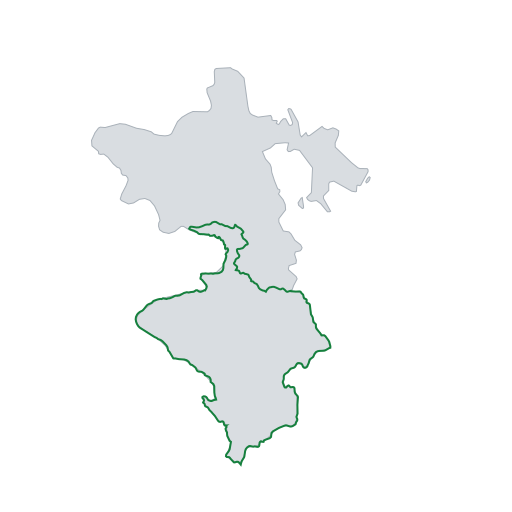 Gorno-Badakhshan highlighted on a map of Tajikistan, rotated 69°
{"feature_id": "TJK-366", "entity_name": "Gorno-Badakhshan", "entity_type": "Region", "adm_level": 1, "iso_a3": "TJK", "parent_name": "Tajikistan", "parent_adm1": "", "projection": "albers", "projection_center": [72.466, 38.073], "detail": "fine", "context": "in_parent", "style": "outline", "palette": "green", "viewbox_px": 512, "rotation_deg": 69, "n_neighbors": 0, "source": "natural_earth", "source_scale": "10m", "svg_char_len": 9788}
<svg xmlns="http://www.w3.org/2000/svg" viewBox="0 0 512 512"><g transform="rotate(69 256 256)"><path d="M79.9,355.2L82.0,350.8L83.6,335.8L86.2,330.7L93.9,321.8L98.0,314.9L102.5,309.3L105.7,307.5L108.7,303.1L111.2,298.0L112.0,294.8L111.9,292.2L111.1,290.5L102.4,281.1L99.9,275.3L98.7,268.1L98.5,263.1L104.0,249.6L103.4,247.3L102.1,245.1L99.3,243.6L95.2,242.9L86.0,243.1L82.5,242.1L81.7,241.2L81.5,235.0L80.7,233.6L79.2,232.3L69.0,228.9L67.0,227.5L66.7,225.9L71.1,212.3L72.8,211.3L77.0,206.9L85.6,203.4L113.3,209.9L117.8,210.6L120.9,210.3L123.1,208.8L127.1,204.4L130.1,191.9L132.4,191.6L134.7,192.3L135.8,191.1L136.9,188.1L137.8,187.9L139.4,189.5L141.2,188.1L141.0,186.9L139.2,184.7L137.7,181.4L138.5,179.1L145.7,178.1L146.5,177.0L146.3,175.1L144.5,174.0L130.9,173.9L130.1,172.8L130.6,171.6L131.6,170.7L145.9,168.7L158.9,171.4L161.1,170.8L158.7,165.1L162.3,164.7L162.8,162.8L158.7,147.9L161.3,146.7L163.9,143.8L163.9,138.3L166.2,135.7L168.9,133.9L172.9,135.9L178.8,141.6L182.7,143.0L202.9,133.5L210.3,129.2L211.6,127.6L214.3,120.9L215.7,120.5L217.5,121.2L227.4,132.8L227.4,134.3L226.3,135.5L226.5,136.6L231.7,139.1L231.7,140.2L229.8,143.4L214.0,156.5L213.4,160.8L214.6,162.2L220.9,164.6L224.1,171.5L226.5,172.4L240.9,170.3L241.1,171.4L240.3,173.5L230.4,176.8L225.9,179.7L224.8,184.9L223.6,186.4L221.6,187.6L219.6,187.8L216.7,181.6L193.9,171.6L173.0,177.5L170.0,182.1L170.7,186.5L170.1,188.4L168.0,188.9L162.2,185.1L160.7,188.2L158.0,197.8L160.3,203.8L160.8,212.6L168.7,212.4L175.3,210.0L178.6,210.0L183.5,211.3L192.3,211.8L201.0,211.7L202.7,210.1L204.5,210.7L206.1,212.8L213.2,210.5L218.4,210.3L223.5,211.8L229.3,221.3L232.5,222.5L242.4,221.6L245.3,216.6L247.9,215.4L255.3,214.1L261.6,210.3L264.8,210.0L266.3,211.4L267.0,213.1L266.3,217.8L268.3,219.4L274.4,219.8L277.2,221.3L276.8,228.5L279.4,230.3L280.7,230.5L289.6,225.9L292.1,225.8L297.1,231.5L301.0,234.8L302.0,234.3L303.8,230.7L307.2,226.8L317.0,224.3L320.7,223.7L331.9,225.3L343.2,225.1L349.2,224.3L354.1,221.9L356.5,220.0L360.5,218.9L368.2,219.5L368.5,222.7L367.2,233.1L371.3,240.8L376.5,247.1L376.9,249.2L376.5,250.9L373.4,252.6L372.3,254.3L371.8,256.3L372.8,258.6L374.7,265.9L377.1,271.6L380.4,274.3L385.3,276.0L388.0,275.6L389.9,271.3L393.0,268.0L400.1,267.9L411.6,271.4L423.0,276.7L426.3,279.7L427.5,283.2L424.6,291.3L424.9,296.4L425.7,301.9L428.4,305.9L431.0,312.8L431.6,318.5L433.5,322.2L431.7,332.9L432.8,334.6L441.9,341.9L443.1,346.0L441.2,348.6L437.8,351.8L432.1,355.8L424.0,348.2L420.4,346.0L413.8,346.9L405.1,344.8L400.7,345.1L398.0,347.8L396.3,350.5L391.9,351.4L375.8,356.9L371.0,356.5L369.7,355.2L370.7,353.3L374.1,350.9L374.9,348.0L374.2,345.4L362.3,342.2L357.5,342.9L349.1,346.3L333.6,355.1L326.8,361.0L321.9,369.9L307.1,372.8L296.9,377.9L286.3,386.2L279.3,390.6L275.9,391.2L272.6,390.4L269.2,388.1L266.0,381.1L261.3,363.5L265.2,334.1L267.3,322.2L269.0,317.9L269.1,315.1L267.7,313.6L264.5,313.7L259.7,315.2L256.3,315.5L254.3,314.4L254.6,308.9L257.1,298.8L253.5,290.3L243.7,283.3L235.3,280.8L228.3,282.7L222.4,288.1L217.5,296.8L212.4,303.9L207.2,309.4L202.3,313.1L201.5,315.4L204.0,323.0L203.7,329.3L200.5,334.2L197.0,336.6L193.3,336.3L190.4,335.0L188.3,332.8L182.4,332.1L172.8,332.8L166.2,335.1L162.5,339.1L161.3,344.5L162.6,351.3L161.7,356.4L156.0,361.8L154.1,362.3L150.0,359.1L143.8,352.1L139.5,348.3L137.2,347.7L134.3,348.6L132.7,351.4L130.6,352.1L127.7,351.4L125.0,351.9L123.3,353.9L118.8,356.3L110.8,358.8L106.3,361.6L105.4,364.8L104.2,366.2L101.8,365.6L94.4,369.7L89.1,368.1L83.2,362.1L80.1,357.2L79.9,355.2ZM228.3,195.7L224.0,198.0L221.5,197.7L218.2,193.2L218.0,191.9L226.6,193.8L228.2,194.4L228.3,195.7ZM227.3,126.8L225.9,126.9L223.4,123.9L222.6,121.9L223.7,121.3L225.8,122.8L227.2,125.3L227.3,126.8Z" fill="#d9dde1" stroke="#a8b0b8" stroke-width="1"/><path d="M362.5,218.4L366.9,218.9L368.3,219.5L368.2,220.7L368.8,224.3L368.9,225.5L368.8,226.5L367.3,230.9L367.0,232.7L367.2,234.5L368.4,236.5L370.5,238.5L370.9,239.3L371.7,242.4L372.2,243.2L375.1,245.4L376.7,247.1L377.4,247.6L377.9,248.6L378.1,249.7L377.9,250.6L377.2,251.4L376.1,251.8L373.8,251.8L372.7,252.3L372.1,253.1L371.4,254.1L371.0,255.2L371.2,256.3L371.8,257.2L373.2,258.8L373.7,259.7L373.9,260.8L373.6,263.6L373.8,264.5L375.6,267.4L376.0,268.3L376.5,270.9L376.9,271.9L377.8,272.9L378.7,273.4L380.4,274.0L381.3,274.5L382.8,275.9L383.5,276.3L388.2,276.4L389.0,276.2L389.6,275.1L389.2,274.2L388.6,273.1L388.5,272.0L388.9,271.6L390.8,270.9L391.1,270.5L391.3,269.0L391.9,267.9L392.6,267.5L393.4,267.5L396.4,268.5L397.4,268.6L398.5,268.6L401.8,267.3L402.8,267.4L409.8,270.7L418.1,273.7L420.6,275.9L421.7,276.0L422.8,275.9L423.7,276.1L424.5,276.6L425.7,278.3L427.0,279.1L427.3,279.5L427.9,282.4L427.9,283.6L427.7,284.7L427.1,285.7L425.1,288.1L424.7,289.1L424.6,290.2L424.7,296.2L425.8,303.2L426.8,305.0L430.3,306.8L431.0,308.5L430.9,312.5L431.0,314.5L431.2,314.8L432.2,315.5L432.1,316.0L431.3,317.3L430.9,317.5L430.7,317.9L430.9,318.7L431.2,319.1L431.5,319.5L434.0,320.8L434.7,321.4L434.9,322.5L434.7,323.1L433.3,325.4L433.0,327.0L431.2,329.7L431.0,330.9L431.6,333.0L432.7,334.8L434.3,336.1L438.8,338.6L439.7,339.3L442.2,342.6L443.7,343.9L445.3,345.0L442.9,345.8L441.8,346.4L441.2,347.5L441.1,349.8L440.7,350.6L436.2,352.4L435.0,352.7L434.1,353.2L433.2,355.3L432.2,355.8L430.7,355.0L428.3,351.2L426.9,349.8L420.5,346.0L419.1,346.9L413.6,347.3L411.4,346.7L410.4,346.3L408.6,346.6L406.6,346.4L406.1,346.2L405.3,345.0L404.9,344.7L404.3,344.7L403.7,345.2L403.5,344.4L402.9,346.0L401.7,346.2L400.3,345.9L399.0,345.9L398.2,346.8L398.1,348.9L397.3,350.0L396.1,350.5L390.6,351.7L386.9,353.1L385.9,353.4L383.1,354.7L381.0,355.0L380.0,355.3L378.2,357.1L377.5,357.3L375.6,357.0L375.1,357.2L374.3,357.8L373.8,357.9L372.3,356.3L371.3,356.2L369.2,356.9L368.4,356.5L368.2,355.2L368.8,353.9L369.8,353.0L370.9,352.6L372.8,352.4L373.5,352.1L374.3,351.3L375.1,350.3L375.5,349.4L375.4,346.8L375.8,344.7L374.0,344.5L371.9,344.6L368.5,343.8L362.5,341.6L360.3,341.7L357.3,343.5L356.5,343.2L355.6,342.7L354.5,342.6L353.2,342.7L352.2,343.1L351.5,343.7L349.1,346.3L348.6,346.5L347.5,346.1L347.1,346.3L345.2,347.8L344.4,348.7L343.6,350.6L343.0,351.4L342.0,352.1L338.5,352.5L335.0,354.6L333.9,356.0L332.7,356.4L330.4,356.8L328.4,358.1L326.9,360.1L324.7,364.9L322.6,368.2L322.3,369.4L321.9,369.9L314.5,371.1L312.8,371.9L309.4,371.3L307.2,371.7L302.2,373.8L300.2,375.1L298.5,377.2L296.8,378.2L295.5,379.6L281.1,390.3L279.1,391.1L276.7,391.5L274.3,391.5L271.9,391.0L269.9,389.9L268.2,388.1L267.5,387.0L267.0,385.8L266.6,384.5L266.3,381.7L265.8,380.4L263.1,375.8L262.7,374.7L262.5,373.3L262.5,370.8L262.4,370.1L261.3,368.1L261.2,367.3L261.3,363.6L261.7,361.0L262.0,360.1L262.4,359.5L262.2,358.0L264.1,354.9L264.1,353.2L264.4,352.4L264.6,351.1L264.5,348.5L264.2,346.1L264.3,345.2L264.9,343.8L265.4,341.4L264.7,336.4L265.0,333.6L266.0,332.0L266.4,329.4L267.1,326.9L266.5,324.3L266.9,323.2L268.7,322.0L269.5,320.9L269.7,319.8L269.7,318.4L269.5,316.3L269.9,315.8L268.4,314.0L266.9,312.9L265.2,312.8L259.2,314.8L257.3,316.0L256.3,315.5L254.4,314.0L253.9,313.9L253.6,314.0L253.3,313.9L253.1,313.1L253.2,312.4L253.7,311.0L254.1,309.5L255.5,306.7L256.2,304.2L257.2,302.5L257.5,300.6L258.4,298.0L258.7,296.6L258.4,293.8L257.3,292.0L255.6,290.8L251.6,289.1L248.7,285.9L246.8,284.5L245.5,283.8L244.9,283.6L243.6,283.8L243.1,283.4L242.8,282.9L242.1,281.3L241.1,280.3L240.6,279.9L239.9,279.8L238.8,279.8L238.4,280.2L238.6,281.6L238.1,282.2L236.9,281.9L234.9,280.9L234.3,281.0L233.9,281.6L233.5,281.7L231.9,281.3L230.4,281.3L229.6,281.4L228.6,282.9L225.8,283.2L224.9,283.7L224.8,284.1L225.8,284.9L225.4,285.6L223.2,287.1L222.1,287.0L221.6,287.3L221.4,287.8L221.4,289.6L220.7,291.7L219.0,292.5L218.5,294.0L217.0,296.8L215.6,300.2L215.0,301.2L214.5,301.7L212.8,302.4L212.3,302.8L210.1,304.9L207.8,307.8L207.4,308.1L206.5,308.6L205.3,307.0L205.3,306.3L205.9,305.0L208.0,301.4L208.6,299.6L208.8,298.9L208.9,295.4L208.7,292.2L209.1,290.2L209.8,288.7L209.9,287.7L209.6,286.1L209.1,285.2L209.0,284.7L209.2,282.6L209.9,281.1L213.3,278.4L213.8,277.6L214.0,276.7L217.0,274.0L217.9,272.0L220.2,270.0L220.8,269.4L221.7,268.0L221.8,267.2L221.6,266.4L221.1,265.8L219.6,264.6L219.4,264.3L219.6,264.0L221.8,263.1L224.5,260.8L225.2,260.3L228.6,259.1L229.2,259.2L229.8,260.0L230.3,261.5L230.5,261.8L232.4,261.7L233.9,261.8L235.2,261.6L236.9,260.4L239.2,259.4L241.2,259.2L241.8,259.4L242.1,259.8L242.0,261.6L243.7,265.0L243.9,265.9L243.7,267.2L243.6,268.5L243.0,270.2L242.9,270.9L243.4,271.6L244.8,272.0L246.9,272.0L249.4,271.4L250.0,271.6L250.6,272.0L251.1,272.7L251.4,273.6L251.5,274.9L251.8,275.8L252.2,276.4L253.5,277.4L254.7,279.0L255.0,279.2L255.6,279.2L256.3,278.9L258.4,277.7L259.3,277.5L260.0,277.8L260.6,278.2L261.1,278.8L261.7,279.8L261.9,280.0L262.1,279.8L262.7,278.4L263.8,277.2L264.5,277.1L266.0,277.1L266.4,277.0L266.8,276.7L267.0,276.1L267.0,274.4L267.1,273.9L267.4,273.6L268.5,273.0L269.2,271.8L270.6,270.0L271.1,269.8L272.0,269.8L273.4,269.8L276.2,269.0L276.9,269.1L277.5,269.6L278.0,269.3L278.7,268.0L279.1,267.7L280.6,267.2L281.8,266.0L282.4,265.4L284.5,264.9L286.9,264.8L288.6,264.0L290.6,262.1L291.5,260.6L292.9,259.6L291.5,258.0L290.4,255.6L290.2,254.8L290.3,253.9L290.5,253.3L290.6,252.0L291.2,250.3L292.7,248.6L295.4,246.0L295.8,245.3L296.0,244.7L295.8,243.5L295.9,242.8L296.2,242.3L297.9,241.3L299.6,240.6L300.2,240.2L300.6,239.7L300.7,239.1L300.8,237.3L301.0,235.9L301.5,235.9L303.5,231.6L304.6,228.2L305.2,227.3L306.0,227.0L307.1,226.8L308.9,225.9L309.7,225.9L311.3,226.3L312.9,226.2L314.4,224.6L314.9,224.4L315.6,224.6L316.9,225.4L317.6,225.4L318.2,225.1L319.1,223.9L319.6,223.5L320.4,223.2L321.2,223.3L330.1,225.6L330.8,225.5L332.9,225.1L333.9,225.1L337.7,226.0L338.4,226.0L340.8,224.7L341.4,224.6L342.8,225.2L344.5,225.7L346.0,225.5L350.9,223.8L353.6,223.3L353.9,222.6L354.0,221.8L354.4,220.8L355.6,220.0L360.8,218.6L362.5,218.4Z" fill="none" stroke="#15803d" stroke-width="2"/></g></svg>